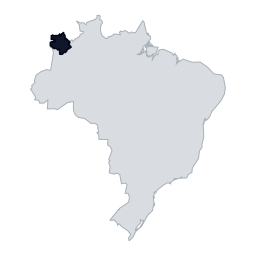 location of São Gabriel da Cachoeira, Amazonas, Brazil
{"feature_id": "56859067B34307291662166", "entity_name": "São Gabriel da Cachoeira", "entity_type": "district", "adm_level": 2, "iso_a3": "BRA", "parent_name": "Brazil", "parent_adm1": "Amazonas", "projection": "natural_earth1", "projection_center": [-67.662, 0.359], "detail": "fine", "context": "in_parent", "style": "filled", "palette": "ink", "viewbox_px": 256, "rotation_deg": 0, "n_neighbors": 0, "source": "geoboundaries", "source_scale": "gbopen_adm2", "svg_char_len": 6313}
<svg xmlns="http://www.w3.org/2000/svg" viewBox="0 0 256 256"><path d="M66.1,38.5L68.7,41.1L72.0,39.9L73.0,41.6L74.9,39.2L79.4,36.7L80.3,34.4L83.2,33.1L83.4,31.6L80.1,31.1L79.3,24.9L76.4,20.9L80.3,22.9L83.7,22.8L86.1,24.8L86.8,22.4L95.3,19.4L97.1,17.4L97.0,15.5L99.5,15.4L100.3,16.3L99.5,19.4L101.7,20.3L102.5,22.9L101.0,24.9L100.3,30.0L101.9,35.5L106.0,38.6L107.7,38.1L108.5,36.4L110.1,36.8L114.6,33.9L120.4,34.8L119.5,32.5L120.4,31.0L121.5,31.7L125.3,30.6L129.5,33.3L131.3,32.0L135.3,33.0L142.7,20.7L144.0,22.0L146.5,33.2L147.8,35.0L150.3,36.0L150.6,38.8L146.3,44.3L143.7,46.0L140.2,53.4L136.8,54.5L140.4,54.7L145.6,50.9L146.6,55.7L148.1,57.2L153.5,55.5L151.9,60.8L154.0,56.6L156.5,54.1L157.7,54.8L158.3,54.1L157.8,52.1L159.5,49.8L163.7,49.3L172.7,53.4L173.3,55.4L174.6,54.0L176.7,55.6L177.3,57.4L176.2,58.6L176.6,59.2L177.8,58.0L178.0,59.2L177.0,60.4L176.3,64.0L177.7,62.5L178.8,59.8L179.0,61.7L183.0,59.2L192.5,62.3L200.0,62.0L207.4,67.0L213.8,73.8L221.9,75.1L223.4,77.6L225.4,87.5L224.4,94.0L221.1,100.5L212.1,111.3L212.1,110.4L210.4,115.3L207.5,119.6L206.2,120.2L205.3,118.3L204.5,119.3L203.2,123.9L203.8,137.0L201.9,144.6L202.0,147.7L199.5,150.8L198.5,158.5L192.3,168.1L191.9,172.5L188.4,174.3L186.6,178.0L182.1,178.1L181.2,176.7L180.8,178.3L173.9,178.7L174.2,179.9L169.7,183.0L167.3,182.9L162.8,185.5L157.2,190.1L156.1,192.3L155.2,191.5L154.8,192.5L153.5,192.1L155.1,193.4L153.8,194.8L153.3,197.3L154.0,202.7L152.4,210.7L147.7,215.2L141.6,226.2L136.1,231.2L136.1,229.6L139.9,227.5L143.4,221.5L143.6,220.4L141.4,221.1L140.1,219.1L140.7,221.0L140.0,223.3L136.6,227.0L135.4,229.9L135.7,231.5L133.0,237.1L129.4,240.6L128.7,240.1L128.8,237.3L130.8,234.8L128.0,230.9L121.4,226.4L119.5,223.9L117.5,225.2L117.4,223.4L113.7,219.6L111.9,220.6L110.0,220.0L118.5,209.5L119.5,209.5L119.3,208.5L128.6,202.2L129.5,197.0L128.0,193.3L125.1,193.3L127.1,184.4L125.3,183.0L121.5,183.8L119.8,174.6L116.7,173.0L114.3,174.1L109.2,172.8L110.1,166.7L108.6,161.9L110.0,160.8L108.7,159.5L112.0,150.6L110.4,146.6L107.6,145.0L108.0,139.5L99.0,139.4L98.7,134.8L97.0,132.6L98.5,132.5L97.5,125.0L94.7,123.3L91.1,123.5L84.8,118.6L78.2,117.3L75.3,114.6L73.4,110.4L73.4,101.5L67.5,102.6L57.4,109.6L54.4,108.7L47.4,109.0L47.9,99.9L44.4,103.0L39.7,103.2L38.7,100.3L34.6,99.8L35.8,97.4L30.6,89.1L32.0,87.7L31.8,85.3L34.9,82.8L34.4,80.7L36.1,75.1L41.3,71.5L46.5,69.6L50.6,70.3L53.5,52.4L52.3,48.5L50.1,46.3L50.2,42.2L54.7,41.7L53.9,39.5L51.2,39.4L51.3,35.7L59.6,35.6L59.5,34.1L60.8,35.5L63.4,33.3L64.8,35.7L65.0,38.7L66.1,38.5ZM148.9,46.2L158.1,47.3L155.9,53.5L154.2,53.7L153.9,54.8L152.5,54.2L151.0,55.9L147.5,55.8L146.3,52.7L147.2,51.9L146.1,50.8L146.9,47.1L148.9,46.2ZM141.0,53.8L142.4,49.3L143.8,48.7L143.7,51.4L141.0,53.8ZM151.4,44.0L150.5,45.7L148.4,45.3L148.7,44.2L151.4,44.0ZM148.2,42.1L147.9,45.6L147.0,45.2L148.2,42.1ZM152.9,46.2L151.5,46.4L150.9,46.1L152.6,45.1L152.9,46.2ZM146.8,46.3L145.5,47.4L144.9,46.8L145.9,45.8L146.8,46.3ZM149.3,43.3L148.7,42.6L149.8,41.9L149.9,42.5L149.3,43.3ZM148.6,34.4L147.8,34.5L147.6,33.3L148.4,33.2L148.6,34.4ZM154.1,206.0L153.9,204.9L154.6,203.8L154.7,204.1L154.1,206.0ZM170.5,182.5L170.7,183.8L169.8,183.5L170.5,182.5ZM154.0,198.1L153.6,197.4L154.3,196.7L154.5,197.0L154.0,198.1ZM177.5,61.7L176.9,63.0L177.5,61.2L177.5,61.7ZM205.7,120.4L204.8,120.8L205.4,119.8L205.7,120.4ZM176.4,179.2L175.4,179.6L175.2,179.3L175.8,178.8L176.4,179.2ZM204.1,122.8L203.8,123.5L203.6,123.1L204.1,122.8ZM175.1,52.8L175.1,53.6L174.9,53.4L175.1,52.8Z" fill="#d9dde1" stroke="#a8b0b8" stroke-width="1"/><path d="M61.9,54.3L62.3,54.2L62.5,54.0L62.8,53.8L62.9,53.7L62.9,53.4L63.0,53.3L63.6,52.9L64.0,52.7L64.3,52.4L64.5,52.3L64.8,52.1L65.0,52.1L65.3,52.2L65.4,52.3L65.5,52.2L65.8,52.1L65.9,51.9L65.8,51.7L65.7,51.6L65.8,51.2L66.0,51.2L66.5,51.3L66.6,51.2L66.8,50.7L67.0,50.3L67.0,50.2L66.8,50.3L66.8,50.2L66.9,49.9L66.9,49.6L67.0,49.4L67.4,49.2L67.5,49.1L67.8,48.9L68.0,48.7L68.3,49.0L68.8,48.9L69.0,48.6L69.1,48.3L69.3,48.4L69.6,48.3L69.8,48.0L69.9,47.9L70.0,47.7L70.3,47.6L70.5,47.4L70.6,47.5L70.7,47.4L71.0,47.3L71.0,47.0L70.9,46.8L70.8,46.6L70.7,46.6L70.4,46.7L70.4,46.9L70.2,47.0L70.1,46.7L70.0,46.4L69.9,46.5L70.0,46.4L69.9,46.2L69.9,46.3L69.8,46.2L70.0,46.0L69.8,45.9L69.7,46.0L69.8,45.9L69.8,45.7L69.8,45.4L69.7,45.3L69.7,45.2L69.5,44.9L69.4,44.9L69.2,44.9L68.8,44.7L68.7,44.6L68.4,44.4L68.3,44.2L68.5,44.1L68.7,43.9L68.8,43.9L68.8,44.0L68.8,43.8L68.8,43.7L69.0,43.6L68.9,43.5L69.0,43.4L68.9,43.4L68.9,43.2L68.9,42.9L69.0,42.8L69.1,42.7L69.3,42.5L69.5,42.5L69.6,42.4L69.8,42.3L69.8,42.2L69.7,41.9L69.4,41.7L69.1,41.4L68.8,41.3L68.8,41.2L66.1,38.5L65.0,38.8L65.0,38.6L65.0,37.9L65.1,37.2L65.0,36.1L64.9,35.9L64.9,35.6L64.8,35.2L64.7,34.9L64.2,34.8L64.0,34.7L63.8,33.8L63.7,32.8L63.6,32.7L63.3,32.6L63.2,32.8L62.7,33.1L62.7,33.4L62.5,33.5L62.4,33.8L62.1,33.9L61.7,33.8L61.4,34.2L61.2,34.5L60.9,34.6L60.9,34.8L60.8,35.0L60.7,35.0L60.2,34.6L59.9,34.4L59.8,34.2L59.7,34.1L59.4,34.2L59.2,34.4L59.2,34.7L59.1,34.8L59.1,35.0L59.3,35.0L59.2,35.2L59.3,35.3L59.5,35.3L59.7,35.5L54.6,35.6L53.6,35.6L53.4,35.4L53.2,35.4L52.7,35.2L52.7,35.3L52.3,35.5L52.1,35.5L51.9,35.5L51.6,35.6L51.4,35.7L51.3,39.3L51.5,39.4L51.6,39.2L51.8,39.1L52.0,39.3L52.5,39.2L52.5,39.3L52.9,39.3L53.0,39.3L53.3,39.3L53.4,39.5L53.6,39.2L53.7,39.3L53.9,39.2L53.9,39.4L54.0,39.4L54.5,39.7L54.5,39.8L54.4,39.9L54.6,40.0L54.6,40.3L54.8,40.5L54.6,40.6L54.6,40.8L54.8,41.0L54.7,41.1L54.5,41.3L54.8,41.5L54.9,41.8L54.6,41.8L54.5,42.1L54.4,42.0L54.2,42.0L54.0,41.9L53.9,41.9L53.7,42.0L53.6,41.9L53.4,41.7L53.2,41.4L52.9,41.4L52.8,41.5L52.7,41.6L52.5,41.9L52.3,41.9L52.2,41.7L52.0,41.8L51.9,41.8L51.9,42.0L51.7,42.0L51.4,42.2L51.1,42.2L50.9,42.2L50.9,42.3L50.7,42.3L50.4,42.4L50.3,45.1L50.5,45.2L50.6,45.3L50.5,45.5L50.8,46.0L51.0,46.2L51.1,46.4L51.3,46.3L51.4,46.2L51.5,46.0L51.7,46.3L51.8,46.5L52.1,46.5L52.3,46.7L52.5,46.8L52.5,47.3L52.6,47.5L52.8,47.5L53.0,47.6L53.1,47.9L53.4,47.9L53.5,48.0L53.7,48.3L53.9,48.4L54.0,48.5L54.4,48.5L54.6,48.6L54.9,48.6L55.0,48.5L55.2,48.4L55.3,48.4L55.6,48.4L55.9,48.3L56.2,48.5L56.4,48.6L56.6,48.7L57.0,48.8L57.1,49.1L57.3,49.4L57.4,49.6L57.6,49.8L57.8,49.9L58.0,49.9L58.3,49.9L58.5,49.8L58.7,49.7L58.8,49.6L59.0,49.5L59.1,49.4L59.1,49.5L59.1,49.4L59.3,49.4L59.5,49.4L59.7,54.1L59.8,54.2L60.0,54.2L60.3,54.0L60.6,54.1L60.9,54.3L61.1,54.2L61.3,54.1L61.8,54.3L61.9,54.3Z" fill="#0f172a" stroke="#020617" stroke-width="1.5"/></svg>